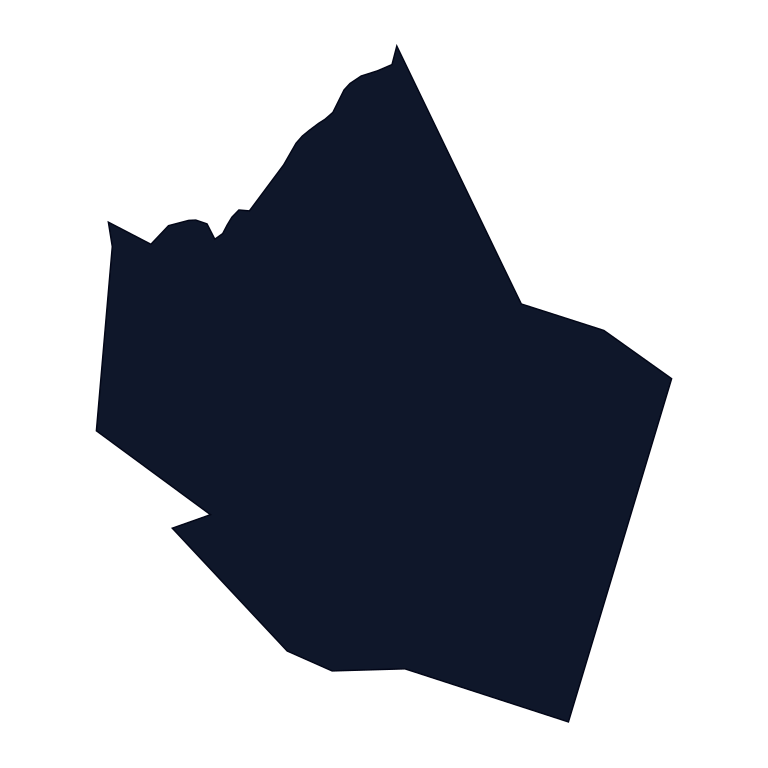 outline of Paraú, Rio Grande do Norte, Brazil
{"feature_id": "56859067B96268545119008", "entity_name": "Paraú", "entity_type": "district", "adm_level": 2, "iso_a3": "BRA", "parent_name": "Brazil", "parent_adm1": "Rio Grande do Norte", "projection": "natural_earth1", "projection_center": [-37.138, -5.774], "detail": "fine", "context": "isolated", "style": "filled", "palette": "ink", "viewbox_px": 768, "rotation_deg": 0, "n_neighbors": 0, "source": "geoboundaries", "source_scale": "gbopen_adm2", "svg_char_len": 592}
<svg xmlns="http://www.w3.org/2000/svg" viewBox="0 0 768 768"><path d="M396.8,46.1L392.0,64.6L377.3,70.9L361.2,76.0L350.0,83.5L344.1,89.9L332.9,112.4L325.0,119.3L318.7,123.3L309.5,130.2L302.4,136.0L296.1,143.2L283.7,164.8L249.4,210.9L238.9,210.0L231.9,217.2L227.2,225.0L222.7,233.6L214.8,239.2L207.0,223.9L195.8,220.1L188.7,220.4L168.5,225.7L150.9,244.3L108.4,222.2L112.3,246.6L96.4,430.8L210.5,514.7L172.3,528.2L287.2,651.0L332.1,670.9L404.9,668.8L568.4,721.9L671.6,378.7L603.9,330.5L532.3,307.5L521.3,304.0L502.2,264.6L396.8,46.1Z" fill="#0f172a" stroke="#020617" stroke-width="1.5"/></svg>